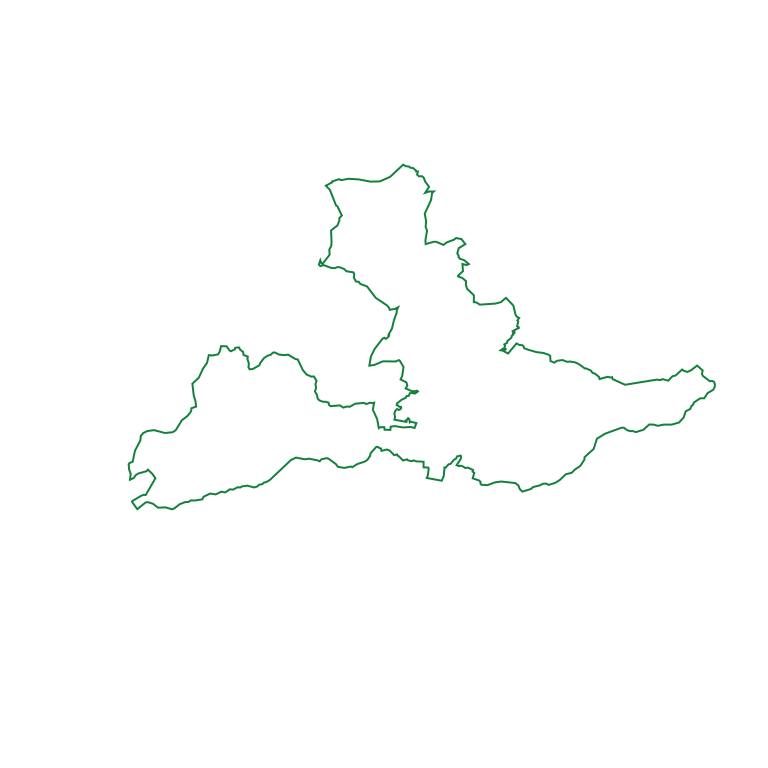 outline of Cuzaplac, Salaj, Romania, rotated 146°
{"feature_id": "2599482B68885954043244", "entity_name": "Cuzaplac", "entity_type": "district", "adm_level": 2, "iso_a3": "ROU", "parent_name": "Romania", "parent_adm1": "Salaj", "projection": "natural_earth1", "projection_center": [23.229, 46.944], "detail": "fine", "context": "isolated", "style": "outline", "palette": "green", "viewbox_px": 768, "rotation_deg": 146, "n_neighbors": 0, "source": "geoboundaries", "source_scale": "gbopen_adm2", "svg_char_len": 6154}
<svg xmlns="http://www.w3.org/2000/svg" viewBox="0 0 768 768"><g transform="rotate(146 384 384)"><path d="M313.7,580.9L314.1,580.2L321.3,580.9L320.3,575.1L323.9,558.9L323.3,557.4L324.7,547.3L328.3,546.5L329.7,544.4L333.9,541.5L342.0,540.9L348.6,530.3L350.5,528.0L354.2,526.0L356.8,521.6L367.6,518.0L368.3,519.3L367.6,522.2L371.3,519.3L370.8,517.3L367.6,516.4L362.8,509.7L360.0,507.5L357.3,507.0L355.1,505.2L352.6,501.3L352.1,498.5L347.0,493.7L347.1,491.9L349.5,489.0L349.9,484.5L347.8,482.9L347.7,480.2L343.5,474.4L342.7,460.1L337.6,447.5L337.2,444.5L337.8,442.3L332.7,440.1L329.4,439.7L332.1,438.1L333.4,436.2L340.1,431.3L346.4,425.5L352.8,422.3L352.4,421.6L353.4,420.8L356.5,420.3L357.5,420.7L357.7,422.0L359.9,422.4L372.1,418.3L379.5,414.1L385.9,407.4L381.4,405.2L372.2,403.4L361.8,396.2L358.3,395.5L357.9,394.3L358.3,387.2L364.4,380.5L367.7,378.5L364.5,372.7L365.6,369.6L368.5,368.3L365.0,362.5L363.8,361.8L364.4,361.2L360.4,360.0L360.1,358.8L363.8,358.8L365.8,361.0L367.8,361.9L370.0,360.3L372.0,361.4L373.5,360.4L378.6,361.1L384.2,360.6L385.3,359.4L384.5,358.5L384.2,356.7L382.7,355.6L383.1,354.6L384.6,353.9L386.2,354.2L387.2,356.0L389.3,355.5L391.7,354.1L393.4,350.2L395.3,348.6L386.6,340.0L385.9,340.7L386.6,341.2L386.2,341.7L385.2,341.3L383.1,342.2L382.7,340.7L384.1,337.8L382.9,337.8L379.0,333.5L383.2,330.5L385.9,333.4L392.6,337.4L398.6,343.1L402.3,344.9L404.4,342.4L409.1,345.8L407.9,348.1L411.0,350.1L413.0,350.3L409.3,358.8L407.6,369.0L402.6,374.0L404.5,374.7L406.0,376.3L409.8,377.2L411.2,379.6L418.8,383.7L425.2,384.3L427.4,386.1L430.9,387.2L432.6,391.0L440.7,395.5L441.3,397.4L440.4,399.6L442.4,402.0L444.5,403.3L446.8,406.7L447.1,409.0L445.7,412.5L445.4,416.5L442.6,418.6L440.9,422.2L438.2,424.3L437.9,429.5L440.1,430.7L442.9,435.2L443.5,440.8L441.8,452.6L443.5,454.3L447.2,462.1L450.3,463.5L454.6,467.1L456.7,471.0L458.4,472.1L461.7,471.6L464.3,472.5L468.8,472.6L474.1,470.9L477.0,469.2L484.5,469.8L487.2,471.3L487.0,473.6L484.5,476.7L483.3,481.0L481.6,482.9L484.2,486.6L482.9,489.5L484.1,493.0L483.7,495.4L487.0,497.2L488.4,496.1L492.7,496.8L493.3,498.1L493.4,503.2L497.9,506.5L502.4,502.5L505.1,501.4L510.5,503.7L513.1,505.9L518.9,500.5L525.5,497.9L534.0,492.8L542.7,491.4L548.0,481.2L550.0,475.0L552.4,470.3L557.2,471.6L558.8,469.6L560.6,468.7L564.8,467.4L571.7,467.0L582.7,462.1L586.4,462.3L593.0,465.9L600.5,474.4L606.5,477.3L611.1,478.0L614.8,476.8L617.5,473.5L627.8,467.9L635.8,460.1L639.2,460.8L640.5,460.3L643.2,455.5L644.2,451.2L648.1,446.7L644.1,446.0L640.6,447.3L638.1,447.3L629.6,444.5L627.6,445.0L626.3,439.1L626.2,433.7L643.6,425.2L645.2,426.5L648.3,427.2L658.4,427.7L658.8,427.3L658.5,418.2L647.8,419.1L645.7,417.9L642.5,413.9L640.5,407.8L634.1,403.9L629.7,398.6L627.4,398.1L620.7,398.6L615.0,397.3L611.9,395.5L609.2,395.5L606.2,393.3L599.2,390.0L596.6,391.4L589.4,390.4L585.2,386.6L579.0,385.7L576.3,382.9L570.7,382.9L568.1,380.8L563.2,380.3L561.1,378.6L558.9,378.5L554.1,376.1L549.6,370.9L546.5,369.9L543.9,370.3L540.8,369.0L538.5,369.4L536.4,368.5L531.9,368.3L503.8,373.0L498.1,372.2L491.8,365.9L487.9,364.0L482.1,358.2L480.6,355.9L477.9,356.6L473.0,354.6L471.7,353.0L468.7,344.6L468.5,341.1L463.8,336.6L457.6,334.1L456.9,332.8L450.6,332.5L443.2,330.4L440.2,330.4L435.9,332.1L433.8,334.1L425.5,336.2L424.1,335.1L423.6,333.3L422.5,332.2L423.5,330.0L418.3,328.1L416.5,325.7L415.4,319.3L412.5,318.3L412.8,316.9L412.1,315.8L411.0,309.9L407.1,308.7L406.8,307.2L404.0,304.4L402.0,304.0L400.8,302.1L394.7,297.4L397.8,292.8L394.0,289.9L394.3,288.8L398.9,283.6L401.1,282.2L390.2,271.5L385.8,274.4L380.5,281.0L379.6,280.2L375.5,281.3L373.5,280.6L368.2,282.1L366.2,281.8L363.8,283.1L360.5,281.8L361.0,280.2L362.4,278.9L369.2,276.1L367.7,273.9L366.8,273.9L364.9,272.0L363.6,268.9L361.3,267.9L358.2,262.9L359.6,261.9L358.8,259.9L363.2,256.2L359.1,250.8L358.7,248.8L359.6,247.9L359.7,246.1L354.6,242.2L347.3,240.5L341.5,237.7L330.7,228.6L329.3,224.8L330.2,220.9L329.5,217.4L320.9,214.8L318.0,215.2L311.5,212.8L308.2,212.5L305.3,210.8L303.8,208.2L297.3,206.3L291.9,206.1L283.7,207.5L278.0,205.4L274.1,206.3L267.2,206.3L260.2,209.2L258.6,211.2L246.5,212.9L238.0,219.6L228.7,219.2L211.7,215.0L209.6,213.6L208.2,209.7L206.1,207.1L204.3,206.1L202.1,203.3L194.6,201.0L186.7,202.1L183.1,199.5L180.5,196.3L174.8,193.9L168.1,189.4L160.9,187.1L154.5,188.6L149.1,192.6L144.0,192.1L141.4,193.8L139.1,194.0L137.5,195.4L129.9,195.3L126.5,193.1L120.7,195.5L114.2,195.1L111.4,196.7L109.8,198.7L109.2,201.4L110.4,203.2L112.3,204.1L115.1,212.3L114.8,214.5L112.2,217.1L114.1,224.2L121.3,223.7L125.6,224.3L128.1,227.3L128.7,229.3L137.6,228.0L140.4,229.1L146.5,227.8L150.4,232.3L152.9,232.8L155.4,235.1L184.6,248.6L191.7,260.1L191.1,262.2L192.7,262.8L194.6,264.9L202.5,267.6L201.8,269.7L203.2,274.4L204.9,276.7L205.0,279.4L207.5,283.6L208.7,284.4L211.4,291.6L213.5,295.1L217.3,298.7L219.6,299.8L222.7,304.1L227.7,306.5L231.0,306.5L233.1,310.0L230.5,314.4L231.2,316.3L234.5,320.6L239.6,325.0L246.0,332.6L247.8,335.4L247.2,337.4L247.8,339.0L250.0,340.7L251.4,343.5L264.1,339.9L266.9,345.3L268.4,346.7L265.6,346.8L265.1,346.3L265.5,344.8L263.9,344.6L263.5,345.0L264.2,346.5L262.2,348.1L262.1,349.6L259.0,349.3L257.8,350.6L252.3,351.2L251.1,352.6L249.4,352.6L248.9,353.7L247.5,353.2L246.9,354.0L247.9,354.7L247.8,355.9L240.8,355.1L240.6,356.0L241.4,357.4L237.8,360.7L237.9,362.1L235.0,363.2L236.3,365.4L236.1,368.2L232.9,376.7L234.7,387.2L241.4,386.5L246.7,388.4L260.2,396.2L261.8,400.0L263.8,401.6L259.9,407.2L261.9,416.6L260.7,420.3L258.5,423.4L259.8,428.1L262.5,431.8L261.9,432.4L255.4,433.4L251.9,439.6L248.9,436.4L246.6,436.0L248.4,442.1L250.9,445.1L251.3,447.4L250.4,448.5L250.2,451.3L246.1,454.8L238.3,454.5L238.8,460.9L242.7,464.7L245.3,464.5L252.7,466.3L257.0,466.1L261.1,472.6L263.0,474.0L271.2,476.7L269.3,480.0L262.6,487.0L261.6,491.0L258.1,495.3L255.0,502.4L242.0,510.3L237.3,515.5L235.1,515.8L239.0,518.4L243.0,519.5L236.3,522.3L236.7,528.6L235.7,532.9L236.2,534.9L238.8,536.5L239.5,539.1L237.1,541.2L238.5,542.2L238.1,542.8L239.1,546.7L241.3,548.7L241.7,550.4L244.1,552.3L245.5,555.1L263.2,552.3L274.2,554.3L282.0,559.3L290.5,567.7L298.7,574.0L305.6,577.0L306.7,578.9L313.7,580.9Z" fill="none" stroke="#15803d" stroke-width="2"/></g></svg>